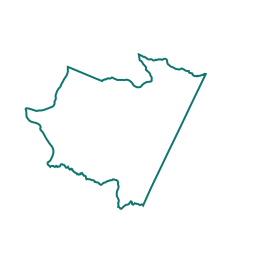 outline of São Geraldo do Araguaia, Pará, Brazil, rotated 160°
{"feature_id": "56859067B69966397982838", "entity_name": "São Geraldo do Araguaia", "entity_type": "district", "adm_level": 2, "iso_a3": "BRA", "parent_name": "Brazil", "parent_adm1": "Pará", "projection": "robinson", "projection_center": [-48.713, -6.168], "detail": "fine", "context": "isolated", "style": "outline", "palette": "teal", "viewbox_px": 256, "rotation_deg": 160, "n_neighbors": 0, "source": "geoboundaries", "source_scale": "gbopen_adm2", "svg_char_len": 4351}
<svg xmlns="http://www.w3.org/2000/svg" viewBox="0 0 256 256"><g transform="rotate(160 128 128)"><path d="M164.1,57.3L163.5,57.2L162.7,54.8L162.1,54.4L161.4,54.5L159.9,55.3L158.0,55.9L156.4,56.5L154.9,56.2L153.5,56.1L152.3,56.9L151.5,57.4L150.5,58.1L149.9,57.7L149.7,56.5L150.2,55.5L149.9,54.6L149.2,54.2L148.5,54.5L147.4,55.0L146.3,54.1L145.4,53.6L144.7,53.3L144.1,52.6L143.1,51.4L142.1,51.5L141.2,51.6L140.6,51.1L140.3,50.0L128.3,62.4L126.2,64.5L113.5,76.9L110.4,79.9L103.8,86.4L95.4,94.6L93.0,96.9L89.9,99.9L86.1,103.6L85.3,104.4L80.5,109.0L60.6,128.6L57.6,131.5L55.8,133.3L52.4,136.6L36.5,152.1L37.8,152.8L39.1,152.2L39.7,152.4L40.3,152.5L41.2,152.5L42.2,152.5L43.3,152.7L44.5,152.7L45.1,153.4L45.8,153.2L46.9,153.9L47.6,153.9L48.3,154.7L49.1,155.7L48.8,156.6L49.0,157.3L50.0,158.0L51.3,158.7L51.6,159.6L51.4,160.7L52.6,161.1L54.1,162.1L54.7,162.7L55.1,163.5L56.1,164.4L56.8,165.4L58.1,165.6L59.2,165.4L60.1,165.5L60.7,165.9L62.1,166.7L62.9,167.2L65.1,169.7L65.7,170.3L66.4,170.7L67.4,172.1L67.8,172.9L68.4,173.8L68.8,175.0L68.6,176.9L68.1,178.2L68.6,179.6L69.4,180.4L70.2,180.5L71.9,180.6L72.8,180.4L73.3,180.9L74.0,181.4L74.9,181.7L75.8,182.1L76.5,182.0L77.9,182.2L78.6,182.7L79.6,182.4L80.7,182.6L81.5,183.2L82.0,184.1L83.2,185.0L84.2,185.0L85.1,185.3L85.7,185.9L86.6,186.9L86.8,187.6L87.5,188.3L88.5,189.5L89.2,189.6L90.4,191.2L91.1,191.9L91.8,192.5L92.7,193.4L93.8,187.8L93.5,187.1L92.5,186.3L92.0,183.9L91.9,182.9L91.2,181.5L91.0,180.5L90.4,179.7L90.4,178.4L91.0,177.4L91.2,176.3L90.6,175.8L90.5,175.0L90.1,174.4L89.3,173.1L88.7,171.4L89.0,170.0L88.5,167.9L88.6,166.7L89.4,165.1L89.6,164.3L90.4,163.9L92.5,164.2L94.5,164.7L95.8,164.7L98.0,164.3L100.0,163.5L100.7,163.0L101.9,162.5L102.6,162.3L103.3,162.4L105.2,163.0L106.3,163.9L107.8,165.5L108.3,166.5L108.4,167.5L108.8,169.2L109.9,171.3L110.8,172.4L111.8,173.3L112.6,173.8L115.5,174.4L117.1,175.3L118.8,175.7L119.7,176.2L121.5,176.7L123.1,178.3L124.2,179.2L125.3,180.6L125.9,181.0L127.2,180.6L128.2,180.6L129.8,181.6L131.8,181.2L132.6,181.7L133.6,181.4L134.8,181.7L136.2,180.9L140.8,185.0L163.6,206.0L164.0,205.1L164.7,203.2L165.0,202.0L166.5,199.7L167.8,198.3L169.2,197.4L170.0,196.5L170.9,196.1L172.2,195.0L172.9,194.2L174.9,192.6L175.5,192.1L175.9,191.5L176.7,190.7L177.3,190.0L178.3,189.4L179.0,189.1L179.9,188.6L180.9,187.8L182.5,186.5L183.0,185.6L183.6,185.0L184.1,184.5L184.6,183.8L185.2,182.7L185.3,181.6L186.2,179.6L187.8,178.1L188.4,177.3L188.5,176.3L189.1,175.4L190.2,174.5L191.5,173.9L199.6,173.7L203.1,174.0L204.1,174.4L205.8,174.9L206.8,175.1L207.6,175.2L208.3,175.4L208.9,175.8L213.8,179.7L216.7,181.3L217.5,181.1L217.8,180.1L217.9,178.9L218.2,177.3L218.9,175.3L219.5,172.8L218.5,169.6L217.9,168.3L217.0,167.3L216.2,166.5L213.4,164.7L212.3,163.8L211.0,162.6L210.6,162.0L209.9,160.8L209.7,159.8L209.9,158.4L210.6,157.6L210.9,156.4L209.5,153.1L208.8,148.1L208.1,144.4L207.8,143.4L207.4,141.5L207.0,140.1L205.7,136.3L205.6,134.3L205.7,132.9L206.0,131.7L206.6,130.2L207.6,128.7L209.3,126.7L211.9,124.2L213.6,123.4L214.5,123.4L215.6,122.6L215.8,121.8L215.8,120.9L215.3,120.3L215.1,119.5L214.6,118.7L214.3,118.0L213.7,118.4L213.1,118.5L212.1,118.2L211.1,117.8L210.7,117.0L210.1,116.4L208.6,117.0L208.0,116.8L207.8,115.6L207.1,115.4L206.2,115.6L205.5,115.2L204.9,115.3L204.1,116.3L203.4,116.8L202.4,116.6L201.8,115.9L200.7,115.1L200.5,114.3L200.1,113.5L199.9,112.0L198.5,111.5L197.7,112.0L197.5,110.3L196.9,108.8L196.0,108.9L195.3,109.2L194.6,108.5L194.8,107.2L194.2,106.7L194.1,105.9L193.2,104.4L192.7,104.0L192.2,103.4L191.6,102.7L191.6,101.9L190.8,101.8L190.4,101.1L188.6,100.8L188.2,101.5L187.4,101.2L186.7,101.5L186.3,100.7L186.5,99.9L186.0,99.3L185.8,98.3L184.5,97.5L184.3,96.8L184.6,95.2L184.5,94.0L183.6,94.0L182.9,93.6L182.1,93.2L181.0,92.7L180.5,91.9L179.8,91.4L178.9,91.0L178.1,90.5L177.6,89.6L177.7,88.7L176.9,88.3L176.4,87.9L175.8,87.5L175.1,87.2L174.6,86.8L174.3,86.0L173.9,85.3L173.5,84.3L172.7,83.8L171.7,84.0L170.6,84.5L169.1,84.9L168.4,84.6L167.5,84.6L166.4,85.0L165.5,85.1L164.3,84.8L163.1,85.1L162.3,84.9L161.7,84.6L161.0,84.3L160.3,84.7L159.4,84.9L158.6,84.3L157.8,83.6L157.1,83.2L156.5,82.8L155.9,81.7L155.9,80.4L156.3,79.4L156.7,78.1L156.7,77.0L156.9,76.1L158.1,74.1L159.2,73.2L160.4,71.5L161.0,70.3L161.5,69.0L161.7,67.4L161.4,64.6L161.4,63.3L162.0,61.8L162.7,60.9L163.2,60.4L163.1,59.4L164.1,57.3Z" fill="none" stroke="#0f766e" stroke-width="2"/></g></svg>